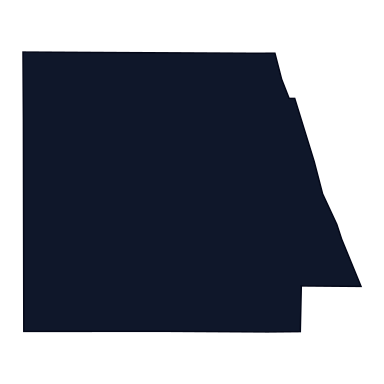 St. Lucie, Florida, United States of America
{"feature_id": "52423323B58883260045522", "entity_name": "St. Lucie", "entity_type": "district", "adm_level": 2, "iso_a3": "USA", "parent_name": "United States of America", "parent_adm1": "Florida", "projection": "albers", "projection_center": [-80.381, 27.382], "detail": "fine", "context": "isolated", "style": "filled", "palette": "ink", "viewbox_px": 384, "rotation_deg": 0, "n_neighbors": 0, "source": "geoboundaries", "source_scale": "gbopen_adm2", "svg_char_len": 337}
<svg xmlns="http://www.w3.org/2000/svg" viewBox="0 0 384 384"><path d="M23.0,52.1L23.4,120.8L23.8,331.4L162.2,331.3L267.6,331.9L300.3,331.6L301.3,285.9L361.0,286.4L341.6,239.1L336.8,224.4L322.6,193.9L314.2,161.6L294.7,98.4L289.1,98.4L281.6,79.2L274.9,53.2L255.9,53.3L23.0,52.1Z" fill="#0f172a" stroke="#020617" stroke-width="1.5"/></svg>